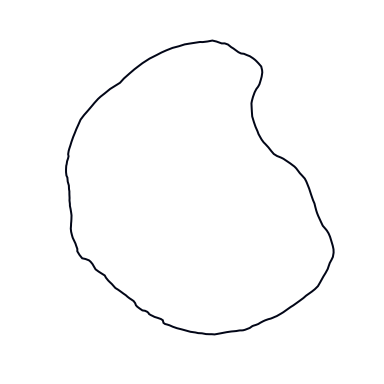 outline of North Nilandhoo, Maldives, rotated 168°
{"feature_id": "70690204B63708858601891", "entity_name": "North Nilandhoo", "entity_type": "district", "adm_level": 2, "iso_a3": "MDV", "parent_name": "Maldives", "parent_adm1": "", "projection": "mercator", "projection_center": [72.923, 3.188], "detail": "fine", "context": "isolated", "style": "outline", "palette": "ink", "viewbox_px": 384, "rotation_deg": 168, "n_neighbors": 0, "source": "geoboundaries", "source_scale": "gbopen_adm2", "svg_char_len": 3005}
<svg xmlns="http://www.w3.org/2000/svg" viewBox="0 0 384 384"><g transform="rotate(168 192 192)"><path d="M168.5,337.9L174.5,337.3L181.1,337.0L187.6,335.9L192.8,334.8L197.8,333.4L205.8,331.3L213.7,328.3L218.8,325.9L222.8,324.0L228.3,321.0L235.0,317.2L239.7,313.8L246.3,311.4L250.7,309.8L256.3,306.9L261.6,304.3L264.5,302.6L268.8,299.5L273.0,296.2L277.3,292.9L281.6,289.7L285.9,286.0L289.5,281.0L292.1,277.5L294.2,274.3L296.8,270.5L299.6,265.9L301.3,262.8L303.0,259.9L304.1,257.8L305.3,254.7L305.3,252.7L306.2,250.7L307.8,248.0L308.8,245.3L309.6,243.7L310.5,240.4L311.1,237.5L311.4,234.2L310.9,232.0L311.4,228.0L311.1,224.0L311.7,220.4L311.8,218.2L312.4,215.3L313.0,211.6L313.6,209.2L313.9,205.8L314.3,203.8L314.3,200.6L314.5,196.7L314.7,194.2L315.6,190.5L316.2,188.3L316.8,186.4L317.3,184.4L318.2,181.3L318.5,178.2L318.4,175.1L318.2,172.1L316.7,165.8L316.5,163.8L316.0,160.2L316.5,157.8L315.1,153.8L313.2,150.0L310.1,148.6L307.0,146.6L305.7,144.9L304.3,142.2L303.4,139.4L302.4,136.4L300.1,133.8L297.9,131.6L294.7,128.5L294.0,126.1L292.4,122.9L291.3,121.2L289.5,118.6L288.1,116.1L286.9,114.0L284.6,111.8L282.4,109.4L280.2,106.9L278.2,104.8L276.9,103.0L275.2,101.0L273.6,99.4L271.8,97.5L270.7,95.1L270.4,92.9L269.4,91.2L267.5,89.0L265.1,86.5L262.7,85.6L260.8,84.2L259.8,82.9L259.3,81.5L257.9,80.2L256.2,78.9L254.6,77.6L251.9,76.1L248.8,74.2L247.2,72.6L247.1,69.9L245.8,68.5L243.8,67.5L241.7,66.3L238.8,64.2L235.0,61.9L230.7,59.8L227.4,58.1L222.6,55.6L217.9,53.9L215.3,52.7L211.6,51.7L207.8,50.1L205.4,49.5L202.6,48.9L199.5,48.0L196.4,47.9L192.7,47.8L187.4,47.7L182.6,47.4L177.7,46.8L174.3,46.7L171.0,46.1L168.8,46.2L163.8,47.0L160.8,48.3L159.4,48.5L157.1,48.7L154.6,49.1L152.4,49.9L149.2,50.8L146.9,51.3L143.8,51.7L141.3,51.8L139.0,52.2L137.1,52.6L134.9,53.0L130.3,54.5L127.7,55.4L123.8,57.1L119.4,59.0L116.6,60.0L112.9,61.6L109.5,63.1L105.1,65.1L101.9,66.9L98.4,68.4L95.4,69.7L92.0,71.4L88.4,73.7L85.5,76.9L81.0,82.1L78.4,84.8L75.3,88.4L73.7,91.1L72.0,93.9L69.7,96.6L67.7,99.2L66.1,103.2L65.5,106.5L65.5,110.1L65.8,113.9L66.1,117.5L66.3,119.6L67.0,123.1L68.1,126.2L69.0,128.0L71.1,131.8L71.9,135.2L72.8,139.2L73.5,142.3L74.0,145.2L74.3,147.9L74.5,151.8L74.6,155.3L75.3,158.8L75.8,162.7L76.1,165.3L76.7,171.0L77.5,175.7L78.0,178.5L78.9,181.7L80.9,185.2L82.6,188.0L85.1,193.4L86.5,195.6L87.9,197.2L89.9,199.5L92.6,202.3L95.7,205.5L97.7,207.1L99.9,208.6L101.3,209.5L104.1,212.2L106.0,215.7L108.0,219.8L110.3,223.7L111.6,225.7L113.0,228.8L114.2,232.6L114.9,234.9L115.3,237.8L116.3,242.6L116.9,247.4L117.4,253.4L116.7,258.4L116.0,262.8L115.4,266.4L114.4,268.8L112.6,272.3L110.0,276.5L107.7,279.3L105.4,281.3L103.6,283.4L101.5,287.2L99.9,290.3L98.4,294.3L98.1,296.6L98.2,300.4L100.2,304.0L101.8,306.6L102.9,308.2L104.6,310.2L107.2,312.8L109.8,314.5L112.5,316.4L115.2,317.3L117.5,319.1L119.4,321.2L121.7,323.8L123.5,325.5L126.2,328.8L129.0,330.5L132.1,331.2L136.8,334.1L140.6,335.9L145.5,336.0L150.1,336.4L153.3,337.1L158.8,337.4L164.0,337.7L168.5,337.9Z" fill="none" stroke="#020617" stroke-width="2"/></g></svg>